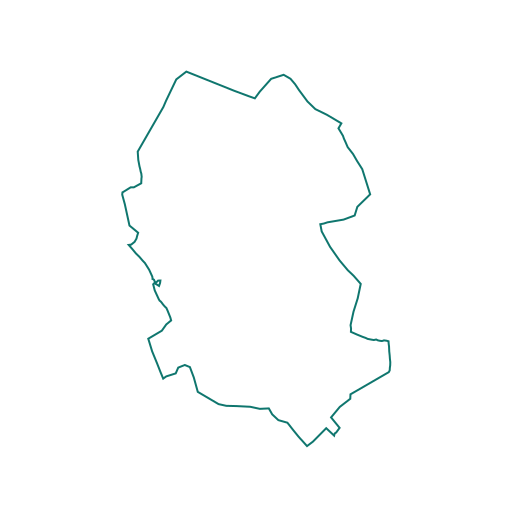 Miga, Jigawa, Nigeria (Albers equal-area conic projection), rotated 73°
{"feature_id": "59680162B14319741144045", "entity_name": "Miga", "entity_type": "district", "adm_level": 2, "iso_a3": "NGA", "parent_name": "Nigeria", "parent_adm1": "Jigawa", "projection": "albers", "projection_center": [9.714, 12.229], "detail": "fine", "context": "isolated", "style": "outline", "palette": "teal", "viewbox_px": 512, "rotation_deg": 73, "n_neighbors": 0, "source": "geoboundaries", "source_scale": "gbopen_adm2", "svg_char_len": 2160}
<svg xmlns="http://www.w3.org/2000/svg" viewBox="0 0 512 512"><g transform="rotate(73 256 256)"><path d="M346.1,380.6L344.9,377.0L344.8,367.1L340.0,363.0L339.4,356.0L342.9,351.7L354.0,351.0L368.9,351.4L386.7,335.1L390.6,328.2L393.8,318.6L398.5,305.6L403.3,297.0L405.5,288.3L412.2,286.8L419.5,282.6L424.6,274.7L433.4,271.3L440.8,268.3L443.7,267.0L445.5,266.1L452.7,262.8L450.2,255.9L441.2,239.2L450.6,233.8L449.2,233.0L448.5,232.1L448.3,231.0L444.8,226.3L432.3,231.4L424.8,220.0L420.1,207.6L415.9,206.1L405.9,163.0L404.5,161.6L402.1,160.7L399.7,159.6L396.7,158.6L393.5,158.0L390.0,157.2L386.3,156.5L381.3,155.2L379.4,154.9L377.4,154.5L376.3,154.2L375.2,155.9L374.1,158.3L374.2,159.7L374.0,160.8L373.2,162.5L372.3,164.1L371.0,165.5L370.8,167.9L369.8,169.9L368.9,171.6L367.9,173.5L366.4,175.1L364.4,177.8L362.5,180.1L360.8,182.2L356.3,187.4L353.1,186.3L349.8,185.8L337.7,179.0L326.2,171.1L313.3,164.0L303.5,168.4L296.4,172.4L284.6,177.4L268.9,182.5L251.7,186.0L244.4,185.2L244.8,181.6L244.7,177.8L246.8,161.6L246.1,149.8L238.6,144.7L230.4,128.8L204.0,129.0L194.6,131.6L186.8,133.4L178.7,136.5L173.2,137.1L169.4,137.6L166.5,137.7L158.0,139.8L154.1,135.6L141.6,147.0L132.9,156.3L123.3,161.6L109.8,166.4L103.1,168.4L96.6,171.2L90.8,176.6L91.0,189.7L99.9,204.3L104.9,211.0L101.0,216.3L91.5,228.7L59.3,268.7L63.8,280.6L81.2,296.6L86.4,301.0L121.6,338.6L129.8,340.5L131.7,340.7L136.1,341.2L138.7,341.3L141.7,341.6L143.7,341.6L146.9,342.2L148.4,342.9L152.9,344.5L154.6,352.7L153.7,355.8L156.0,364.5L156.1,365.1L158.2,366.0L168.1,366.3L189.9,368.1L199.3,361.9L202.2,363.9L204.4,365.2L207.0,368.0L208.6,372.0L208.2,374.5L213.1,372.3L218.4,370.1L222.8,367.7L227.2,365.8L230.2,364.3L237.9,362.2L245.4,361.2L247.3,361.5L247.7,361.7L248.2,361.1L248.9,360.5L250.0,360.4L251.7,360.1L251.9,358.8L250.9,356.8L251.5,354.6L253.7,355.6L256.3,357.5L253.8,359.6L253.3,360.2L252.2,361.2L253.0,362.6L259.3,362.9L269.0,361.6L270.6,361.2L271.5,360.5L273.1,359.8L274.6,359.3L276.3,358.6L278.0,357.8L279.5,356.9L282.8,356.5L289.8,355.9L292.8,356.0L295.2,361.8L299.9,367.9L303.6,383.2L316.8,383.2L329.7,382.0L338.8,381.3L346.1,380.6Z" fill="none" stroke="#0f766e" stroke-width="2"/></g></svg>